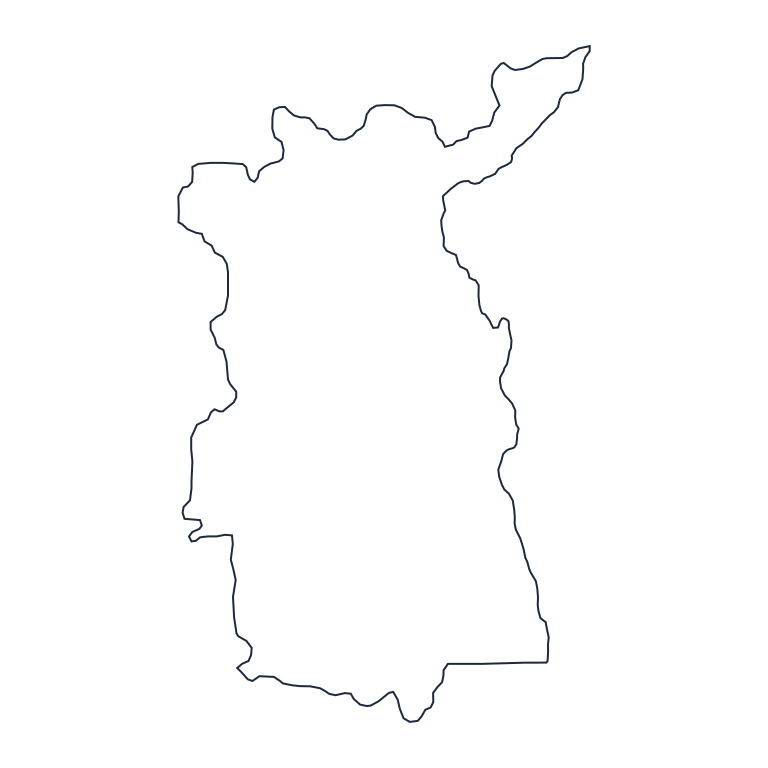 outline of Petah Tiqwa, HaMerkaz, Israel
{"feature_id": "584046B54386898087809", "entity_name": "Petah Tiqwa", "entity_type": "district", "adm_level": 2, "iso_a3": "ISR", "parent_name": "Israel", "parent_adm1": "HaMerkaz", "projection": "mercator", "projection_center": [34.939, 32.126], "detail": "fine", "context": "isolated", "style": "outline", "palette": "slate", "viewbox_px": 768, "rotation_deg": 0, "n_neighbors": 0, "source": "geoboundaries", "source_scale": "gbopen_adm2", "svg_char_len": 4286}
<svg xmlns="http://www.w3.org/2000/svg" viewBox="0 0 768 768"><path d="M237.2,668.0L240.6,671.3L247.8,679.3L252.4,681.0L259.4,676.2L273.9,676.9L280.1,681.0L282.8,683.4L292.4,685.3L299.9,686.1L310.1,686.3L320.0,688.2L325.1,691.0L329.2,693.9L335.6,695.2L344.9,693.1L350.8,693.7L353.7,698.9L360.1,704.6L366.7,706.0L370.6,705.6L378.2,701.5L380.8,699.5L388.9,692.9L393.2,691.9L397.7,699.7L399.8,708.7L403.5,718.2L409.8,721.9L417.7,720.9L421.4,716.7L425.3,709.8L430.6,707.5L433.3,702.1L433.1,692.9L437.6,686.9L442.1,682.2L443.4,675.8L443.6,670.1L447.9,663.9L458.8,663.9L480.8,663.9L524.2,662.7L546.4,662.6L547.6,660.8L548.1,651.6L548.0,644.5L548.7,637.4L546.7,627.9L545.7,622.2L540.5,618.2L538.5,611.1L537.7,605.0L538.0,597.4L537.3,588.6L535.9,581.2L533.7,577.5L530.7,572.5L529.2,568.9L527.2,561.6L525.3,557.7L523.7,549.7L522.0,543.8L520.1,538.0L518.4,534.7L515.8,529.6L514.6,523.3L514.8,517.5L514.3,510.6L512.8,500.6L508.9,493.7L504.4,489.6L502.1,485.2L499.2,476.8L498.3,469.6L501.3,461.2L503.1,454.1L506.4,450.6L508.8,449.3L512.7,448.2L514.4,447.3L516.3,444.3L517.0,439.0L517.2,434.2L518.7,428.7L516.2,424.5L515.1,417.2L515.3,410.5L512.1,403.5L508.6,399.3L504.8,395.4L501.0,388.1L500.0,381.1L500.1,377.5L503.7,370.8L504.2,368.5L507.0,364.1L508.2,358.6L509.5,351.2L510.9,348.3L511.2,344.9L511.5,340.4L510.3,335.1L509.6,331.4L508.9,328.4L508.9,324.1L508.4,321.0L506.4,319.5L503.7,318.2L502.0,318.6L500.0,321.5L498.8,325.3L498.0,327.5L493.1,327.9L491.1,323.9L489.7,320.8L487.9,318.3L485.4,314.6L482.1,313.3L480.9,310.7L479.4,305.1L478.5,296.2L478.7,285.3L475.6,280.4L472.9,279.5L469.4,277.7L468.6,273.8L467.0,270.0L463.6,268.1L460.2,266.6L458.1,263.1L456.0,255.0L452.1,253.4L446.7,250.8L443.6,246.1L443.9,237.3L442.4,231.7L441.6,226.6L441.2,220.3L443.8,213.0L445.2,210.4L443.3,200.9L442.9,196.2L451.2,188.5L455.0,185.7L457.6,183.6L460.2,182.3L463.3,181.3L468.6,181.0L470.7,182.8L474.8,183.8L479.1,183.0L481.9,181.0L483.8,178.7L486.2,177.5L490.0,176.3L492.3,175.2L495.2,173.8L498.5,168.9L501.3,167.3L506.8,164.9L511.1,162.0L512.1,158.5L511.7,155.5L516.5,148.1L522.7,143.9L527.2,139.4L531.6,135.9L534.5,132.2L538.8,127.5L541.6,123.7L547.4,117.7L549.9,115.1L553.9,112.3L558.0,107.1L558.8,103.5L560.0,99.0L561.1,97.4L562.6,95.0L566.2,92.8L572.0,92.6L578.3,90.2L582.5,79.1L583.2,68.7L583.1,63.7L585.4,57.2L589.7,51.1L589.7,46.1L578.8,48.4L571.6,52.1L567.3,56.0L562.8,58.0L546.6,58.2L542.2,59.1L535.9,62.8L530.1,66.5L523.1,68.9L515.1,70.0L510.8,68.5L503.8,63.0L500.9,63.8L494.7,70.8L492.5,75.5L491.7,86.2L496.0,96.9L499.5,105.5L494.3,112.5L492.1,120.9L489.6,125.9L482.8,127.3L475.6,128.7L469.1,131.6L467.6,137.6L461.7,139.9L456.5,141.1L453.2,144.6L445.0,146.8L442.5,141.7L438.4,138.2L435.7,133.1L434.9,126.9L431.6,120.1L424.8,117.7L415.0,116.8L407.8,112.7L401.8,108.0L394.4,105.3L385.0,105.1L376.3,105.7L370.4,109.2L366.7,114.4L365.6,119.7L363.8,125.7L360.7,128.7L356.6,130.8L352.7,135.5L345.3,139.4L338.5,139.7L333.6,138.4L330.1,134.7L327.4,130.8L324.1,129.2L317.3,128.3L314.4,123.8L309.5,118.3L305.2,117.4L300.5,117.4L293.9,115.4L289.2,111.5L285.0,107.0L279.3,107.2L273.9,109.6L272.5,117.0L272.3,128.7L274.8,137.4L281.5,141.9L283.6,150.1L282.6,158.4L278.9,161.4L270.2,163.7L264.1,167.0L259.1,171.3L257.7,177.7L254.4,181.8L249.9,179.3L247.8,174.6L246.2,167.2L242.7,164.1L234.7,163.5L223.6,162.9L210.4,162.9L198.3,163.9L192.3,167.0L192.7,173.0L192.1,182.0L188.0,186.5L182.9,187.5L178.3,196.4L178.8,210.6L178.5,222.3L182.3,224.3L187.5,229.2L196.3,232.9L201.8,233.8L204.6,241.4L211.6,245.6L214.9,252.6L222.8,256.9L226.8,263.9L228.0,272.4L228.0,284.0L228.0,295.5L225.2,310.1L221.9,314.1L216.7,316.8L210.6,322.0L210.6,329.6L214.6,337.5L216.4,344.5L218.9,347.6L223.4,350.0L226.5,361.6L228.0,379.5L230.1,384.1L236.2,391.7L236.2,397.2L233.8,402.3L227.4,407.5L222.8,411.4L219.5,411.4L214.6,409.3L210.9,412.4L207.9,419.4L196.9,424.8L191.2,437.6L191.2,449.2L192.4,461.6L191.5,481.4L191.5,488.1L190.0,500.3L183.6,507.0L182.6,512.8L184.5,518.8L200.0,520.1L201.8,525.5L199.4,528.9L192.4,531.9L189.0,536.5L191.5,541.4L195.8,540.8L200.1,537.3L208.0,536.4L216.8,536.4L225.0,534.8L232.0,535.4L232.8,544.0L230.8,559.7L233.2,568.7L235.7,580.0L233.0,596.9L234.1,617.4L236.5,633.3L238.2,636.2L246.4,640.9L251.7,647.9L251.1,655.1L248.5,661.0L242.3,663.7L237.2,668.0Z" fill="none" stroke="#1e293b" stroke-width="2"/></svg>